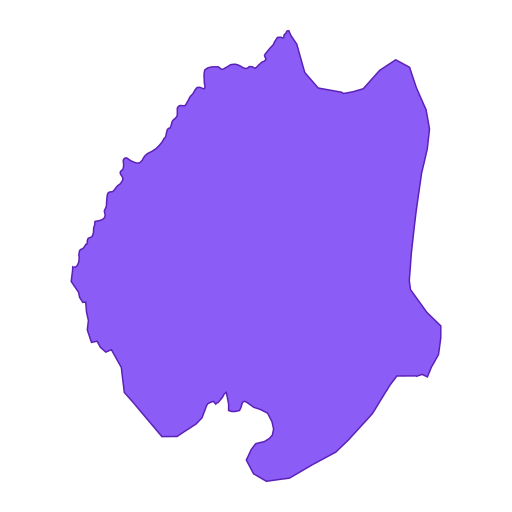 the district of Al Haymah Ad Dakhiliyah, Sana'a, Yemen
{"feature_id": "15242507B54725687699919", "entity_name": "Al Haymah Ad Dakhiliyah", "entity_type": "district", "adm_level": 2, "iso_a3": "YEM", "parent_name": "Yemen", "parent_adm1": "Sana'a", "projection": "equal_earth", "projection_center": [43.819, 15.276], "detail": "fine", "context": "isolated", "style": "filled", "palette": "violet", "viewbox_px": 512, "rotation_deg": 0, "n_neighbors": 0, "source": "geoboundaries", "source_scale": "gbopen_adm2", "svg_char_len": 5142}
<svg xmlns="http://www.w3.org/2000/svg" viewBox="0 0 512 512"><path d="M288.8,30.7L287.9,30.7L286.9,31.2L286.5,31.7L286.3,32.5L285.4,33.7L284.2,34.6L283.7,37.4L282.9,38.0L282.2,37.8L280.9,37.2L279.1,37.3L277.6,37.4L276.6,38.6L275.5,40.6L274.5,41.7L274.0,43.3L273.2,44.7L272.1,46.0L271.0,47.1L269.4,48.9L268.2,50.3L267.1,51.7L266.1,52.9L265.1,54.1L264.5,55.7L265.1,57.3L266.0,58.7L265.3,60.2L264.1,61.3L262.7,61.8L261.2,62.6L260.0,63.9L258.8,64.8L257.5,66.3L256.3,67.4L255.1,68.2L253.8,67.7L252.6,66.9L252.4,66.8L250.9,66.6L249.2,66.6L248.8,67.0L248.1,67.7L246.6,68.4L245.4,68.4L245.1,68.4L243.6,67.9L242.2,67.2L240.9,66.3L239.5,65.6L238.2,65.0L237.8,64.9L236.8,64.6L235.3,64.2L233.9,64.3L232.4,64.4L230.6,64.7L229.3,65.5L228.1,66.3L227.6,66.6L227.4,67.2L227.4,66.8L226.6,67.2L225.2,67.9L223.6,69.0L222.3,69.3L222.2,69.3L220.9,68.9L219.6,67.9L218.3,66.8L217.0,66.8L215.3,66.8L213.8,66.8L213.0,66.9L212.3,66.9L210.8,67.1L210.3,67.2L209.5,67.4L208.1,67.8L206.7,68.5L205.2,69.7L204.8,70.0L204.3,72.3L204.1,74.0L204.0,75.8L204.1,77.5L204.2,79.6L204.3,81.9L204.4,83.7L204.9,85.4L205.0,87.2L204.3,88.7L203.9,88.7L202.9,88.6L201.5,88.0L200.2,87.4L198.7,87.3L197.2,87.5L195.9,88.8L194.7,90.6L193.8,92.1L192.9,93.8L191.7,95.0L190.7,96.0L189.7,97.4L188.8,99.2L188.1,100.7L186.9,102.7L186.1,104.1L185.0,105.6L183.6,105.8L182.1,105.6L180.8,105.5L179.4,105.7L178.2,106.6L177.3,108.2L177.3,110.1L177.3,112.1L177.3,114.0L177.1,115.8L176.4,117.0L176.2,117.3L174.9,118.7L173.6,119.6L172.3,121.2L171.8,122.8L171.4,124.5L170.8,126.3L170.5,127.0L170.0,128.1L168.6,128.3L167.3,129.6L166.8,131.4L166.7,132.0L166.3,133.4L166.0,135.5L165.3,137.3L164.8,137.8L163.9,138.7L163.1,140.3L162.2,141.8L161.0,143.4L160.9,143.5L159.8,144.8L159.1,145.6L158.6,146.1L157.5,147.2L156.2,148.5L154.9,149.4L154.7,149.5L153.4,150.4L152.7,150.9L152.0,151.3L150.6,152.0L149.4,152.6L148.1,153.2L146.7,154.2L145.4,155.4L144.3,156.7L143.2,158.4L142.4,160.0L141.0,161.6L139.5,162.9L138.1,163.1L136.8,163.0L135.2,162.6L133.9,162.1L132.6,161.6L131.0,160.8L129.7,160.0L128.3,159.0L126.8,158.0L125.4,157.9L124.2,158.6L123.3,160.1L123.3,161.9L123.6,163.9L123.6,166.0L123.2,168.4L122.4,169.9L121.2,170.7L120.2,172.2L120.4,173.9L121.2,175.2L122.1,176.5L122.9,178.4L122.6,180.4L121.5,182.0L120.5,183.6L119.3,184.5L117.9,185.5L116.7,186.7L115.8,187.9L114.8,189.3L113.6,190.8L112.3,191.7L110.9,191.9L109.6,192.0L108.2,192.8L107.4,194.5L107.2,195.7L107.1,196.4L106.9,198.2L106.7,200.2L106.6,202.2L106.5,203.9L106.4,205.7L105.9,207.5L105.1,209.1L104.3,210.9L104.6,212.6L105.1,214.4L105.0,216.3L104.3,217.9L103.1,219.0L101.7,219.8L100.1,220.4L98.6,220.8L97.2,221.0L95.7,221.2L94.9,221.6L94.8,223.9L94.5,225.5L93.7,227.7L93.7,227.8L93.6,229.9L93.5,231.6L93.3,233.4L92.7,235.0L92.0,236.7L90.8,237.3L89.4,237.7L88.0,238.6L87.3,240.5L87.3,242.3L86.9,244.2L85.7,244.4L85.4,245.3L84.2,246.9L83.4,248.1L82.8,248.5L80.5,249.6L79.5,250.8L78.8,255.2L79.1,256.5L79.1,259.6L78.6,262.5L77.2,265.6L75.5,267.0L74.0,267.1L72.8,267.3L72.7,267.2L72.6,270.1L72.4,271.8L71.2,281.4L73.7,285.2L76.2,288.8L78.5,292.2L79.6,297.4L82.8,302.4L85.7,302.1L86.5,312.0L88.4,320.5L87.3,329.9L91.1,341.4L91.5,342.4L97.1,341.2L100.4,347.3L105.8,352.1L111.4,349.7L121.3,367.4L124.2,391.7L124.3,392.0L124.3,392.4L132.8,402.0L138.4,408.7L159.2,433.4L161.9,436.6L176.9,436.5L177.0,436.5L183.4,432.2L190.4,427.7L192.5,426.3L196.2,423.9L202.0,417.8L204.3,411.7L206.6,405.6L208.0,403.5L210.9,402.2L213.5,401.4L215.7,404.1L217.1,402.8L218.2,402.5L222.4,397.4L224.3,393.9L225.3,393.1L226.3,392.4L227.4,397.9L228.6,404.0L228.6,410.5L229.7,410.9L231.7,411.5L235.2,411.5L239.5,410.5L241.0,407.4L242.5,402.3L244.4,401.3L246.8,402.3L247.9,403.1L253.8,407.3L255.6,407.9L258.4,408.8L259.9,409.3L264.5,411.6L267.7,413.3L272.0,421.8L273.3,427.7L273.5,428.7L273.6,428.9L272.4,435.0L269.3,438.5L268.2,439.2L264.3,441.6L257.8,443.1L256.2,443.6L255.5,443.9L251.2,449.6L248.0,456.5L246.3,460.0L253.4,473.5L253.6,473.8L261.9,478.7L265.4,480.7L266.4,481.3L273.3,480.3L283.5,478.9L284.7,478.8L289.5,478.1L304.0,469.6L310.4,465.9L311.1,465.4L318.7,461.3L324.1,458.4L330.8,454.8L335.8,452.1L338.2,449.8L338.9,449.1L348.5,439.9L353.0,434.9L357.6,429.9L362.7,424.3L370.1,416.2L372.4,413.6L375.3,409.0L378.6,403.5L385.3,392.6L386.0,391.6L390.0,385.1L394.6,379.0L396.4,376.7L396.9,376.0L397.1,376.0L415.4,375.9L416.2,376.1L416.6,376.3L416.8,376.2L422.1,374.4L427.4,376.9L431.6,366.7L433.5,363.5L438.5,354.6L439.7,346.0L440.7,338.4L440.8,337.9L440.8,334.7L440.8,325.8L438.7,323.9L426.8,312.3L420.8,303.9L420.0,302.8L411.4,290.9L410.5,289.7L409.3,280.6L410.0,271.3L411.3,253.8L411.5,251.8L413.2,236.5L414.0,229.4L416.0,212.5L416.6,208.0L416.7,207.4L417.4,202.4L419.5,187.8L420.0,184.3L421.6,173.1L425.2,158.0L425.9,154.8L427.3,148.8L429.5,129.2L429.3,127.8L427.8,119.2L426.0,109.5L423.8,104.6L417.2,89.6L416.6,88.4L411.2,72.2L409.6,67.3L400.4,62.3L395.7,59.8L379.9,70.2L379.5,70.5L363.3,88.7L352.9,91.8L347.9,92.7L346.0,93.1L345.1,93.2L343.6,93.5L343.3,93.4L341.5,92.2L318.2,88.0L307.8,76.0L304.8,72.5L303.7,68.8L298.5,50.4L297.8,47.7L297.7,47.5L297.3,46.2L296.8,44.3L296.8,44.2L291.0,35.6L290.9,35.5L288.8,30.7Z" fill="#8b5cf6" stroke="#5b21b6" stroke-width="1.5"/></svg>